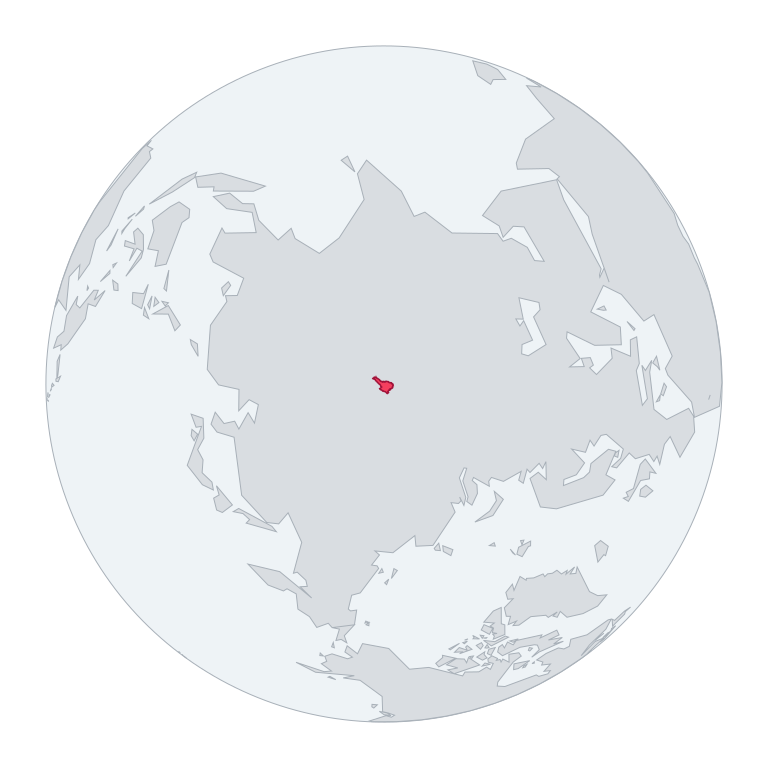 globe centered on Bayan-Ölgiy, rotated 157°
{"feature_id": "MNG-3208", "entity_name": "Bayan-Ölgiy", "entity_type": "Province", "adm_level": 1, "iso_a3": "MNG", "parent_name": "Mongolia", "parent_adm1": "", "projection": "orthographic", "projection_center": [89.851, 48.282], "detail": "fine", "context": "on_globe", "style": "filled", "palette": "rose", "viewbox_px": 768, "rotation_deg": 157, "n_neighbors": 0, "source": "natural_earth", "source_scale": "10m", "svg_char_len": 14508}
<svg xmlns="http://www.w3.org/2000/svg" viewBox="0 0 768 768"><g transform="rotate(157 384 384)"><circle cx="384" cy="384" r="338" fill="#eef3f6" stroke="#a8b0b8"/><path d="M527.0,77.8L529.0,79.5L511.7,77.9L507.4,74.4L503.7,75.0L509.0,79.8L513.3,82.9L507.8,97.1L521.8,120.6L536.4,129.4L525.3,127.1L559.6,145.4L573.7,162.2L551.5,142.6L544.5,140.3L550.9,151.0L545.1,151.1L544.8,156.5L537.3,155.9L524.9,145.3L519.8,144.9L524.7,152.6L520.2,157.4L513.8,146.0L505.2,153.4L483.0,138.7L472.0,111.5L453.5,105.6L425.7,84.6L422.0,87.2L409.2,82.0L400.2,83.3L397.6,79.7L392.6,84.1L396.7,87.2L395.8,90.3L390.9,91.6L386.7,87.0L388.6,85.7L384.8,85.0L384.9,82.3L382.1,84.4L377.6,79.1L374.6,86.4L364.9,83.9L364.0,79.9L373.7,77.6L395.7,65.2L397.8,61.7L390.9,58.3L357.5,56.7L355.8,54.4L346.4,53.2L342.9,55.2L349.0,57.0L340.2,61.2L348.7,63.7L346.4,66.0L351.3,70.3L340.1,72.6L326.6,72.9L321.9,69.8L315.9,70.1L311.8,76.0L295.1,73.8L269.8,79.3L266.7,78.8L275.6,71.6L296.9,63.5L308.6,56.9L290.4,64.5L282.7,64.4L277.0,66.1L271.3,68.4L270.1,70.0L265.2,71.0L281.3,63.1L286.0,62.0L280.8,64.3L290.8,60.8L301.6,56.7L296.9,57.7L308.9,54.5L333.3,49.9L357.9,47.1L382.7,46.1L407.5,46.9L432.2,49.5L456.6,54.0L480.6,60.2L504.1,68.2L527.0,77.8ZM673.1,209.1L672.9,208.8L672.9,208.6L673.1,209.1ZM673.2,209.3L673.6,209.9L673.6,210.0L673.2,209.3ZM674.2,211.1L673.5,209.8L674.6,211.8L674.2,211.1ZM675.8,214.2L674.8,212.3L675.1,212.7L675.8,214.2ZM677.4,217.5L677.6,218.2L676.5,216.1L677.4,217.5ZM516.2,84.5L509.7,80.0L507.1,76.0L513.2,79.6L516.2,84.5ZM520.2,93.8L515.5,91.3L520.0,89.7L521.3,91.6L520.2,93.8ZM548.1,136.1L543.9,130.7L550.0,136.0L548.1,136.1ZM546.1,157.4L549.2,159.1L547.8,161.3L546.1,157.4ZM357.0,68.8L354.2,69.5L354.8,68.3L357.0,68.8ZM361.9,70.1L364.5,68.3L367.2,68.6L365.5,69.8L361.9,70.1ZM534.9,162.6L531.7,165.9L532.8,160.6L534.9,162.6ZM357.9,72.4L371.7,69.6L376.3,70.4L373.7,75.6L357.9,72.4ZM528.4,166.7L520.8,175.8L526.9,180.0L505.3,173.9L518.9,167.8L519.4,160.3L523.2,165.6L528.4,166.7ZM400.1,87.7L395.5,84.4L403.9,86.0L400.1,87.7ZM405.7,88.0L432.6,89.9L436.9,95.9L427.0,93.8L436.2,101.1L425.1,103.0L417.5,99.4L416.9,95.1L413.1,99.2L405.7,88.0ZM494.6,169.4L490.9,170.3L492.4,167.4L494.6,169.4ZM396.2,91.7L401.2,91.3L405.3,96.4L395.9,98.1L397.6,95.9L396.2,91.7ZM444.1,102.2L445.5,106.6L436.8,109.3L436.2,111.4L425.2,103.6L444.1,102.2ZM394.2,95.4L391.0,98.9L384.6,97.9L391.5,92.5L394.2,95.4ZM410.3,97.1L411.8,99.7L407.9,98.7L410.3,97.1ZM360.0,96.9L366.0,95.8L368.6,98.3L360.0,96.9ZM390.3,100.4L392.5,100.7L394.2,101.7L390.9,103.8L390.3,100.4ZM419.8,106.2L415.9,106.6L423.9,109.5L417.7,112.0L411.5,106.5L411.6,109.9L409.7,110.7L406.7,105.4L419.8,106.2ZM392.6,109.1L382.6,103.5L370.9,104.6L368.3,102.3L387.5,101.0L392.6,109.1ZM401.2,107.3L395.3,107.8L394.9,104.5L398.8,102.1L401.2,107.3ZM415.8,115.8L426.8,113.4L427.8,114.8L415.8,115.8ZM389.3,110.0L391.8,111.3L388.5,110.4L389.3,110.0ZM407.7,114.7L411.5,113.5L412.5,115.1L407.7,114.7ZM393.6,115.2L390.4,113.3L392.9,111.5L393.6,115.2ZM400.1,115.5L400.6,117.9L395.7,112.0L401.6,114.7L400.1,115.5ZM408.0,116.3L409.9,116.8L406.3,116.6L408.0,116.3ZM386.0,123.4L379.3,116.5L384.8,112.4L390.6,119.6L386.0,123.4ZM72.4,253.2L75.3,248.0L83.9,232.4L111.2,232.0L107.9,247.2L119.2,281.2L119.0,288.3L107.8,297.1L108.4,342.4L120.2,340.4L130.5,373.8L143.6,389.0L165.5,369.6L144.2,344.1L150.2,327.4L175.0,337.3L195.1,360.5L198.1,354.8L193.5,330.8L206.5,327.2L192.9,321.8L192.3,330.5L183.8,327.7L183.9,319.6L188.4,318.5L184.7,309.7L163.9,318.5L161.0,328.4L146.2,313.2L140.0,328.4L133.0,328.7L141.0,303.1L146.5,297.8L154.5,263.4L147.3,267.5L139.3,300.5L138.1,294.3L128.3,301.2L134.8,291.1L145.4,255.1L137.6,240.9L113.1,242.6L111.6,233.4L116.8,218.4L140.2,200.9L141.1,223.8L149.4,219.0L161.6,202.2L160.8,210.9L165.9,207.2L167.4,215.6L181.8,217.0L185.2,224.7L202.6,215.9L206.7,218.9L195.2,223.1L189.1,230.6L199.0,250.8L204.4,251.9L214.9,244.8L216.3,251.8L225.2,242.4L236.7,250.8L230.2,233.0L242.4,225.3L255.7,225.8L258.5,220.4L236.8,219.8L229.2,222.6L224.6,229.9L202.9,236.2L196.9,231.5L215.2,213.7L208.8,205.4L225.8,196.1L274.0,201.7L288.1,209.7L286.5,240.0L276.5,242.5L272.0,232.5L265.3,249.3L271.0,244.2L272.2,250.4L284.2,245.5L285.6,249.7L294.6,238.2L297.6,242.8L291.9,250.0L312.1,247.7L321.6,256.0L325.6,253.6L327.0,248.7L338.1,263.0L340.5,260.7L337.8,255.0L340.8,246.7L350.4,238.1L353.7,243.5L350.7,247.3L349.3,264.0L340.8,274.1L343.1,275.5L351.3,268.2L353.0,247.7L357.9,241.0L358.5,250.4L358.7,246.4L362.1,244.9L368.6,248.6L368.6,238.3L402.0,216.3L418.0,222.2L414.8,232.4L441.7,225.2L457.6,233.9L455.0,228.4L466.2,222.2L461.4,219.3L461.0,216.3L487.5,201.0L496.3,202.2L504.8,190.8L503.5,188.2L497.5,186.6L505.3,173.9L526.9,180.0L528.8,185.5L541.0,186.2L543.5,199.0L551.2,210.4L546.8,225.1L553.3,233.4L557.4,232.8L569.3,244.3L579.6,271.4L553.3,252.0L534.2,215.3L540.4,230.1L533.7,227.7L532.6,233.9L537.4,244.7L541.3,245.2L521.6,270.4L522.6,302.9L535.6,296.4L546.0,302.3L558.5,337.2L542.8,393.6L556.5,405.0L558.9,414.6L550.4,424.0L546.7,410.1L536.0,408.1L535.2,399.2L520.3,410.7L518.5,398.6L507.7,414.1L514.3,422.3L528.2,416.1L519.6,435.7L536.6,447.8L541.0,466.5L520.8,505.9L496.4,521.3L495.4,527.2L484.5,522.8L471.8,536.2L493.6,563.1L493.6,571.6L472.2,590.9L471.4,585.0L442.5,573.3L438.3,593.5L460.3,606.9L467.9,623.2L451.5,620.0L443.7,605.3L433.4,600.7L435.3,583.6L425.2,557.9L408.6,563.6L409.0,552.6L392.5,529.5L368.2,536.0L330.2,561.6L326.3,587.9L312.6,596.9L292.7,554.8L290.8,526.5L279.2,526.2L262.4,496.4L220.7,478.1L218.6,468.9L209.9,468.4L198.7,453.8L197.2,438.8L188.6,434.3L193.7,473.9L203.4,478.7L217.0,472.5L216.2,484.5L227.5,500.6L200.8,515.8L145.3,504.6L146.6,483.2L139.1,405.2L143.0,400.2L143.3,399.4L143.6,397.9L136.0,404.8L137.0,389.8L133.8,440.6L130.4,458.2L144.5,505.2L141.5,506.3L148.0,517.9L177.2,529.6L175.9,535.7L158.0,554.1L123.6,561.7L132.0,587.4L136.2,602.9L123.3,596.0L133.3,609.9L127.9,604.5L111.4,583.7L96.5,561.6L83.4,538.5L72.2,514.4L63.0,489.5L58.9,475.2L50.3,427.6L51.6,415.4L51.1,403.1L48.9,393.8L49.1,379.0L48.5,371.9L48.8,341.5L54.0,311.4L61.9,281.9L72.4,253.2ZM91.3,242.8L88.0,246.5L91.3,242.8ZM209.5,398.5L226.1,410.7L230.5,389.3L237.2,392.4L236.2,384.3L230.7,387.7L230.1,366.3L241.5,366.4L245.5,358.0L240.2,353.6L219.4,357.0L220.1,387.3L211.3,391.4L209.5,398.5ZM281.8,64.8L280.4,65.5L274.2,67.8L276.4,66.5L281.8,64.8ZM251.3,81.0L244.2,82.3L250.8,80.2L252.4,78.2L268.2,71.8L265.9,78.3L264.1,76.3L251.3,81.0ZM288.8,66.0L279.0,68.7L289.8,65.5L288.8,66.0ZM192.4,180.9L188.9,186.7L182.4,188.5L178.2,180.6L187.6,177.7L192.4,180.9ZM185.5,194.9L204.9,180.5L208.3,185.4L203.1,185.0L203.4,189.7L195.2,190.3L179.5,209.9L172.8,212.9L168.6,195.5L173.6,199.2L176.7,193.0L185.5,194.9ZM248.3,141.0L256.7,136.5L253.2,152.9L245.8,155.3L241.0,147.0L247.1,139.4L248.3,141.0ZM350.6,82.8L354.1,81.3L355.2,82.4L353.2,84.6L350.6,82.8ZM362.6,96.2L336.7,91.4L339.4,89.2L321.1,89.9L320.9,84.6L332.7,84.1L318.9,81.0L329.5,78.4L319.4,77.1L345.8,76.7L354.8,74.8L344.9,78.8L344.8,83.7L347.4,85.2L361.7,88.5L381.1,87.6L384.1,92.9L381.1,96.9L376.9,97.9L376.3,94.0L371.1,98.2L367.0,93.4L362.6,96.2ZM344.0,149.6L345.0,143.2L334.0,153.7L329.8,147.8L328.8,149.4L321.9,147.0L311.8,147.0L311.3,143.8L307.6,145.3L302.9,144.0L297.6,145.0L294.9,139.8L288.2,140.8L290.8,137.8L280.0,141.1L286.8,136.4L281.4,134.7L277.7,140.1L276.0,112.6L270.0,105.7L261.3,102.9L274.1,96.1L290.5,94.9L306.7,97.8L310.6,105.8L315.7,101.6L319.1,104.4L313.6,106.5L324.0,105.0L325.4,107.9L339.8,112.5L354.0,109.3L359.6,111.2L354.7,114.0L363.7,114.0L358.3,120.7L362.2,122.4L360.7,131.0L349.0,135.9L354.2,137.5L353.3,144.5L344.0,149.6ZM385.2,125.8L372.1,132.3L363.4,132.5L369.7,117.5L366.9,115.1L370.6,106.2L383.1,106.4L380.9,108.8L381.7,111.3L377.4,110.2L381.4,112.9L378.5,116.5L380.8,119.7L375.9,120.9L385.2,125.8ZM124.7,288.9L125.6,293.1L128.4,298.4L122.3,303.1L124.7,288.9ZM131.5,264.1L133.2,266.7L125.9,275.3L125.0,271.1L131.5,264.1ZM140.3,261.2L133.8,266.2L136.8,261.0L140.3,261.2ZM197.5,225.2L200.1,227.8L197.9,230.1L193.6,231.1L197.5,225.2ZM310.4,182.1L312.3,177.8L314.6,178.0L324.3,171.1L328.2,175.4L323.9,181.1L310.4,182.1ZM158.4,369.6L151.0,369.9L150.6,365.3L153.2,366.1L158.4,369.6ZM133.0,335.6L135.9,346.6L131.3,336.8L133.0,335.6ZM316.2,185.6L319.8,182.2L319.5,186.5L316.2,185.6ZM331.5,178.2L332.3,182.7L329.8,175.1L331.5,178.2ZM177.2,631.2L176.0,646.8L164.4,638.3L156.5,629.1L152.9,616.8L164.6,621.6L168.7,618.1L177.2,631.2ZM546.1,638.6L555.0,636.0L554.6,637.0L546.1,638.6ZM537.0,638.9L547.3,635.5L534.9,641.5L537.0,638.9ZM551.3,634.1L561.9,628.3L566.5,625.0L565.5,627.2L551.3,634.1ZM529.8,641.3L489.8,651.5L473.7,652.1L477.8,648.0L503.8,643.4L529.8,641.3ZM476.5,648.2L451.6,641.8L415.9,612.5L428.7,612.4L465.7,628.3L463.4,631.9L478.5,637.8L476.5,648.2ZM535.8,615.1L533.3,625.3L511.5,630.7L501.5,631.7L494.6,620.7L498.5,613.3L506.8,611.6L537.7,579.4L548.8,581.7L539.6,594.8L548.6,600.7L535.8,615.1ZM327.9,590.6L336.0,606.7L328.5,608.0L327.9,590.6ZM549.3,557.9L537.5,573.0L547.9,554.6L549.3,557.9ZM554.9,541.3L556.1,546.9L550.7,543.0L554.9,541.3ZM496.0,535.8L487.3,539.0L486.6,534.7L497.4,528.1L496.0,535.8ZM544.3,482.1L546.0,495.5L544.9,500.6L540.1,493.8L544.3,482.1ZM354.3,221.4L336.4,225.7L326.1,232.7L324.4,242.1L319.2,231.2L335.1,220.4L354.3,221.4ZM395.8,216.1L397.2,208.6L401.7,211.0L402.0,213.1L395.8,216.1ZM393.1,212.2L385.3,204.6L389.5,199.9L394.8,206.7L393.1,212.2ZM350.1,194.1L344.6,194.9L344.9,191.3L350.1,194.1ZM582.8,657.3L574.8,662.6L514.6,695.2L502.9,699.2L509.1,695.8L504.9,690.7L509.1,689.6L510.4,683.1L547.9,663.3L575.8,637.5L592.8,629.4L608.0,609.9L624.4,599.7L617.4,612.5L631.9,605.7L648.0,576.0L650.6,588.6L656.9,583.2L656.3,584.1L640.1,604.5L622.4,623.5L603.2,641.2L582.8,657.3ZM699.4,503.4L700.5,500.5L699.4,503.4ZM568.1,630.7L580.9,618.6L587.4,614.8L568.1,630.7ZM698.8,503.5L696.6,507.6L697.1,505.9L698.8,503.5ZM699.5,500.2L699.6,498.9L700.1,500.4L699.5,500.2ZM695.9,504.3L698.2,502.4L695.5,505.3L695.9,504.3ZM694.1,507.7L692.1,509.8L692.3,509.0L694.1,507.7ZM665.8,546.3L674.1,546.1L666.3,554.9L658.0,557.6L649.5,571.0L631.5,584.6L636.3,577.4L634.3,572.9L614.4,583.7L610.4,581.9L617.9,574.5L604.2,579.0L619.3,568.1L625.0,573.4L633.4,560.7L646.9,552.3L659.3,544.5L668.3,541.5L665.8,546.3ZM618.5,587.7L621.0,586.0L618.5,590.0L618.5,587.7ZM688.2,511.7L691.1,510.9L690.6,512.5L689.0,514.2L688.2,511.7ZM670.6,537.8L680.7,519.7L682.9,517.1L676.0,532.6L670.6,537.8ZM678.7,517.6L683.0,513.4L684.9,514.7L684.0,516.9L678.7,517.6ZM587.8,597.0L587.0,599.8L583.0,599.9L587.8,597.0ZM593.1,592.9L605.1,589.1L591.9,595.6L593.1,592.9ZM554.7,600.8L558.4,605.5L570.4,596.8L561.3,606.1L569.0,612.4L566.1,617.1L558.5,610.0L555.1,621.8L549.7,623.6L547.2,615.5L552.8,601.9L558.2,594.9L579.6,584.0L554.7,600.8ZM593.2,585.6L589.9,580.0L592.3,573.9L595.9,576.0L593.2,585.6ZM579.5,566.4L570.0,561.1L562.0,567.9L577.7,548.1L584.3,556.5L579.5,566.4ZM570.6,549.3L563.1,555.7L570.4,544.8L570.6,549.3ZM560.8,553.3L559.4,546.9L565.6,545.4L560.8,553.3ZM574.6,547.9L575.0,536.0L578.6,541.4L574.6,547.9ZM555.2,532.6L569.5,538.8L551.9,540.5L548.4,517.9L555.7,514.7L555.2,532.6ZM578.5,417.3L575.2,410.7L581.0,405.9L581.7,411.8L578.5,417.3ZM596.9,386.0L581.5,402.5L568.5,416.3L573.9,417.6L573.3,431.6L563.9,423.1L571.0,404.5L581.2,396.4L580.2,384.9L586.1,373.4L580.7,360.9L582.5,353.1L590.5,362.2L596.9,386.0ZM578.0,355.8L570.8,331.9L583.0,328.9L587.3,333.4L585.4,345.5L579.1,346.3L578.0,355.8ZM572.6,325.4L566.4,326.2L542.8,296.8L540.8,290.1L565.2,309.8L560.7,311.7L564.4,319.8L572.6,325.4ZM493.4,172.9L491.1,170.5L495.0,171.4L493.4,172.9ZM458.1,214.9L458.2,211.0L462.7,211.8L458.1,214.9ZM461.1,200.7L455.9,202.5L460.0,198.3L461.1,200.7ZM444.6,207.1L453.2,202.1L447.0,210.2L444.6,207.1Z" fill="#d9dde1" stroke="#a8b0b8" stroke-width="1"/><path d="M376.4,381.1L376.2,381.0L376.1,380.9L376.0,380.7L375.9,380.5L375.8,380.4L375.8,380.2L376.2,380.0L376.3,379.9L376.3,379.6L376.2,379.5L376.1,379.4L376.2,379.2L376.2,378.9L376.2,378.7L376.3,378.7L376.7,378.7L376.8,378.6L377.0,378.4L377.3,378.2L377.5,377.9L377.4,377.8L377.3,377.6L377.4,377.4L377.5,377.3L377.5,377.2L378.4,376.9L378.6,377.0L379.0,377.0L379.0,376.9L379.3,376.8L379.5,377.0L380.2,377.2L380.3,377.1L380.2,376.9L380.2,376.7L380.3,376.5L380.5,376.8L380.6,377.0L380.8,377.0L381.4,376.8L381.5,376.7L381.5,376.4L381.4,376.2L381.5,376.1L381.9,376.3L382.0,376.3L382.3,376.2L382.6,376.0L382.7,375.9L383.1,375.7L383.4,375.6L383.5,375.4L383.4,375.3L383.2,375.2L383.2,374.9L383.1,374.7L383.1,374.4L383.3,374.3L383.5,374.2L384.1,374.2L384.3,374.2L384.5,373.9L384.8,374.0L385.0,374.4L385.1,374.7L385.2,374.9L385.2,375.0L385.2,375.3L385.5,375.7L385.5,375.8L385.6,376.1L385.7,376.3L385.8,376.4L385.9,376.5L386.6,376.9L387.0,377.2L387.1,377.3L387.1,377.5L387.2,377.8L387.3,377.9L387.5,377.9L387.9,377.9L388.0,378.0L388.1,378.3L388.1,378.5L388.4,378.9L388.4,379.0L388.5,379.3L388.8,379.8L389.2,380.0L389.3,380.0L389.4,380.3L389.5,380.4L389.6,380.5L389.8,381.1L389.8,381.4L389.8,381.5L389.6,381.5L389.2,381.4L388.9,381.5L387.7,382.0L387.3,382.1L387.3,382.3L387.6,382.5L387.9,383.1L387.9,383.3L387.7,383.5L387.7,383.8L387.7,384.0L387.8,384.7L387.9,384.8L387.9,385.0L388.0,385.0L388.3,385.4L388.4,385.5L388.6,386.1L388.9,387.1L389.1,387.3L389.2,387.5L389.3,387.6L389.6,388.5L389.6,388.8L389.6,389.0L389.7,389.4L390.2,390.1L390.5,390.4L390.5,390.6L390.3,391.1L390.3,391.3L390.3,391.5L390.4,391.8L390.6,391.9L390.7,392.0L390.9,392.1L391.2,392.3L391.6,392.7L391.9,393.1L392.2,393.3L392.2,393.5L391.5,393.6L391.0,393.7L390.9,393.7L390.7,393.6L390.5,394.0L390.3,394.1L390.2,394.1L390.0,393.9L389.8,393.6L389.7,393.5L389.4,393.5L389.1,393.4L388.8,393.3L388.7,393.4L388.7,393.1L388.5,392.9L388.4,392.7L388.4,392.4L388.3,392.2L388.2,392.1L388.2,391.9L388.0,391.7L387.9,391.6L387.7,391.6L386.5,389.7L386.6,389.4L386.5,389.2L386.4,389.2L386.4,388.8L386.4,388.6L386.2,388.5L386.1,388.4L386.0,388.1L385.9,388.0L385.9,387.9L386.0,387.7L385.9,387.6L385.4,387.5L385.2,387.4L384.9,387.1L384.8,386.9L384.8,386.7L384.8,386.4L384.6,386.4L384.4,386.3L384.3,386.5L384.1,386.7L383.7,386.7L383.5,386.4L383.4,386.3L383.2,386.3L383.2,386.2L383.0,385.9L382.9,385.9L382.9,385.7L382.6,385.5L382.3,385.5L382.1,385.4L382.0,385.5L381.8,385.6L381.7,385.7L381.6,385.8L381.3,385.7L380.9,385.7L380.4,385.1L380.2,385.0L379.9,385.0L379.8,384.9L379.5,384.6L379.4,384.6L379.2,384.6L379.0,384.4L379.0,384.2L378.9,384.0L378.9,383.9L379.0,383.7L378.7,383.3L378.4,383.3L378.3,383.2L378.1,382.9L377.7,382.7L377.4,382.7L377.2,382.5L377.1,382.4L376.9,382.4L376.7,382.3L376.6,382.2L376.7,381.9L376.8,381.8L376.8,381.7L377.0,381.6L377.0,381.4L376.9,381.3L376.7,381.1L376.4,381.1Z" fill="#f43f5e" stroke="#9f1239" stroke-width="1.5"/></g></svg>